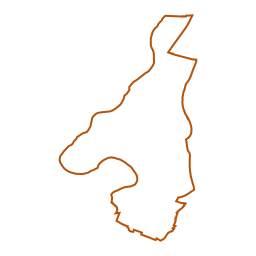 Stein, Limburg, Netherlands (Robinson projection)
{"feature_id": "6326949B81495248212156", "entity_name": "Stein", "entity_type": "district", "adm_level": 2, "iso_a3": "NLD", "parent_name": "Netherlands", "parent_adm1": "Limburg", "projection": "robinson", "projection_center": [5.769, 50.974], "detail": "fine", "context": "isolated", "style": "outline", "palette": "amber", "viewbox_px": 256, "rotation_deg": 0, "n_neighbors": 0, "source": "geoboundaries", "source_scale": "gbopen_adm2", "svg_char_len": 5641}
<svg xmlns="http://www.w3.org/2000/svg" viewBox="0 0 256 256"><path d="M194.2,189.6L194.1,188.9L193.9,187.5L193.7,186.4L193.4,185.5L193.0,184.3L192.7,183.3L192.5,182.5L190.9,176.7L190.8,175.9L190.5,174.6L190.4,174.1L190.5,173.5L190.0,170.5L189.6,166.0L189.7,165.9L189.7,164.9L189.7,163.7L189.7,161.6L189.7,160.4L189.8,159.0L190.0,155.9L189.9,155.0L189.7,154.0L189.5,153.2L189.1,152.4L188.3,151.3L187.8,150.3L187.5,148.9L187.3,147.9L186.3,140.9L185.9,139.5L186.8,138.9L187.5,138.4L188.3,137.7L188.5,137.8L189.4,136.8L190.0,135.9L190.4,135.1L190.6,134.6L191.1,133.4L191.3,132.5L191.4,131.4L191.5,129.7L191.4,127.9L191.1,126.2L190.9,125.3L190.5,124.3L190.1,122.8L189.6,121.5L189.0,120.2L188.8,119.8L188.6,119.5L188.2,118.6L188.1,118.4L187.4,117.2L187.3,117.5L186.8,116.3L186.8,116.1L186.7,115.9L186.5,115.5L186.1,114.8L185.8,114.7L185.1,113.4L184.8,112.8L184.9,112.5L184.7,112.2L184.4,111.5L184.5,111.3L184.2,110.7L184.2,110.9L183.9,110.1L183.5,109.0L183.2,107.9L182.9,106.8L182.7,105.7L182.6,104.6L182.5,103.4L182.4,102.3L182.4,101.2L182.6,100.8L182.6,100.7L182.6,100.0L182.6,98.8L182.4,98.7L182.5,97.7L182.6,96.9L182.8,95.9L183.0,95.2L183.1,94.3L183.2,93.5L183.4,92.9L183.7,91.3L184.0,91.0L184.3,89.9L184.6,88.8L184.9,88.0L184.9,87.7L185.2,86.7L185.5,85.6L185.6,85.0L185.8,84.4L186.1,83.9L186.4,83.4L187.0,82.7L187.7,81.7L188.6,80.5L189.1,79.5L189.2,79.4L189.8,78.4L190.2,77.4L190.6,76.3L190.9,75.8L190.9,75.5L191.3,74.5L192.1,72.3L193.5,68.5L193.8,67.8L194.7,65.7L195.0,64.9L195.5,63.7L195.8,62.7L196.4,60.6L196.3,59.7L195.9,59.7L195.1,59.6L194.3,59.5L194.2,59.5L193.6,59.4L193.0,59.3L192.9,59.5L186.2,57.7L182.2,56.7L176.3,55.1L175.5,54.9L172.1,54.0L171.7,53.8L171.6,53.7L171.9,53.5L170.9,53.3L169.4,52.6L169.2,52.9L168.1,52.4L170.4,49.1L172.7,45.8L175.1,42.5L184.7,29.3L186.0,27.3L187.3,25.4L188.4,23.4L192.4,15.4L186.1,15.7L186.1,15.8L186.0,16.0L185.9,16.5L183.3,16.3L183.4,16.6L165.3,15.8L164.3,16.8L162.6,18.5L161.6,20.7L159.7,22.4L158.3,24.2L157.3,26.4L155.0,28.3L153.7,30.0L152.6,32.1L151.9,34.5L151.3,36.6L150.7,38.9L150.8,41.5L150.8,43.4L150.9,45.6L151.6,47.7L152.9,50.3L153.5,51.9L153.8,54.3L153.9,56.5L153.9,58.8L154.0,61.1L153.9,63.3L152.8,65.5L151.7,67.4L150.2,69.3L148.6,71.3L146.3,72.6L144.3,74.0L142.3,75.6L140.3,77.1L138.3,78.8L136.2,80.3L134.0,81.6L132.1,83.4L130.6,85.3L129.2,87.1L129.4,89.9L128.1,91.9L126.7,93.9L124.5,95.5L124.0,97.8L123.2,99.8L122.2,101.8L120.9,104.0L119.1,105.8L116.9,107.5L114.9,109.0L112.7,110.4L110.0,111.4L107.5,111.7L104.8,111.9L101.9,112.3L99.2,112.6L96.3,113.6L94.3,115.3L92.5,117.2L91.9,119.4L91.5,121.6L90.9,123.7L90.6,126.0L89.6,127.9L88.4,130.0L86.6,132.2L83.8,132.9L81.4,134.2L79.3,135.6L77.1,137.1L76.1,139.2L74.2,140.9L73.0,143.1L71.5,144.9L68.7,146.1L67.1,147.9L63.8,151.3L62.3,153.6L60.6,155.5L59.9,157.7L59.6,160.1L60.2,162.5L61.4,164.5L62.8,166.6L64.3,168.5L66.4,170.2L68.4,171.4L70.8,172.4L73.2,173.1L76.3,173.9L79.3,173.9L82.4,174.1L88.2,172.7L90.4,171.2L92.9,170.2L95.2,169.1L97.7,167.8L98.3,165.4L99.7,163.4L101.6,161.7L103.6,160.1L106.2,158.8L108.7,157.7L111.9,157.4L114.6,157.9L117.4,158.8L120.3,159.6L122.6,160.9L124.9,162.3L126.8,163.9L131.2,167.1L132.6,169.1L135.5,173.2L136.6,175.2L137.2,177.3L137.3,179.9L136.6,182.1L135.2,184.3L132.9,185.5L130.4,186.5L128.0,186.7L125.1,187.1L122.4,188.0L119.9,189.2L117.5,190.4L114.9,191.4L112.6,192.8L111.2,194.8L112.1,197.4L111.9,199.8L111.7,202.0L111.4,202.4L113.0,203.8L112.8,203.1L113.0,203.3L113.3,203.7L113.6,204.1L114.0,204.4L115.6,205.8L115.3,205.9L115.6,206.2L116.6,207.1L116.9,207.5L117.1,208.4L117.1,208.7L117.1,209.0L117.1,209.5L117.4,209.7L117.3,210.3L117.1,210.9L116.7,211.9L116.3,212.7L115.8,213.3L119.5,212.8L116.5,220.9L117.3,221.3L118.2,221.8L119.7,222.6L119.9,222.8L120.1,222.9L120.2,223.0L120.3,223.1L120.7,223.3L121.0,223.5L121.4,223.7L121.7,223.8L122.0,223.9L122.4,224.1L122.7,224.3L122.9,224.5L123.0,224.5L123.4,224.7L123.6,224.7L123.8,224.9L124.2,225.2L124.4,225.2L124.5,225.2L124.7,225.3L124.9,225.2L125.3,225.5L125.5,225.5L126.1,225.7L126.3,225.9L126.5,226.2L126.8,226.2L126.7,226.3L126.9,226.5L127.2,226.6L127.3,226.7L127.4,226.8L127.6,226.9L127.7,227.2L127.8,227.3L128.0,227.5L127.9,227.6L128.1,227.8L128.3,227.9L128.3,228.0L128.5,228.2L128.5,228.3L128.7,228.5L128.7,229.5L128.8,229.8L128.8,230.0L129.6,230.6L129.8,230.7L130.0,231.2L131.2,231.5L133.2,231.9L133.3,231.6L133.5,231.0L133.7,230.4L133.9,229.8L135.6,230.4L136.9,230.8L138.4,231.3L141.9,232.6L141.1,234.3L141.3,234.5L144.7,235.8L150.0,237.8L150.5,238.0L151.8,238.6L155.7,240.0L156.2,239.1L156.6,238.4L160.4,240.6L160.9,240.5L161.7,240.0L163.2,239.3L163.7,238.9L163.9,238.7L164.4,238.2L164.6,238.0L164.7,237.9L165.0,237.5L165.1,237.3L165.2,237.1L165.3,237.0L165.7,236.5L165.7,236.4L166.0,236.0L166.3,235.5L166.8,234.7L167.2,234.0L167.5,233.7L167.9,233.3L168.0,233.1L168.5,232.7L169.3,232.2L169.5,232.1L170.3,231.7L170.5,231.6L170.8,231.5L171.0,231.5L171.2,231.4L172.0,231.2L172.3,231.1L172.2,230.7L173.2,229.8L174.1,228.9L172.8,228.1L175.4,226.1L173.7,225.2L174.3,224.1L175.4,221.6L175.6,221.1L175.6,220.7L175.7,220.2L175.3,220.0L175.6,217.7L176.1,217.8L176.5,216.0L176.4,215.7L176.6,215.3L177.1,214.2L177.5,213.3L176.7,212.7L178.6,210.9L178.4,210.8L182.2,207.9L183.6,206.5L183.4,206.4L184.5,204.3L185.1,204.4L185.6,203.4L182.1,203.1L181.1,203.0L178.3,202.0L177.3,201.6L176.6,201.4L176.7,201.1L176.3,201.0L177.9,198.4L177.9,198.2L178.1,197.6L179.4,197.4L179.9,197.3L180.9,197.0L181.1,196.9L181.8,196.7L182.0,196.7L182.5,196.5L183.7,196.1L185.5,195.4L185.7,195.1L186.1,194.9L187.6,194.1L188.3,193.7L188.9,193.3L189.2,193.0L191.9,191.2L192.6,190.8L193.0,190.5L193.4,190.2L194.0,189.7L194.2,189.6Z" fill="none" stroke="#b45309" stroke-width="2"/></svg>